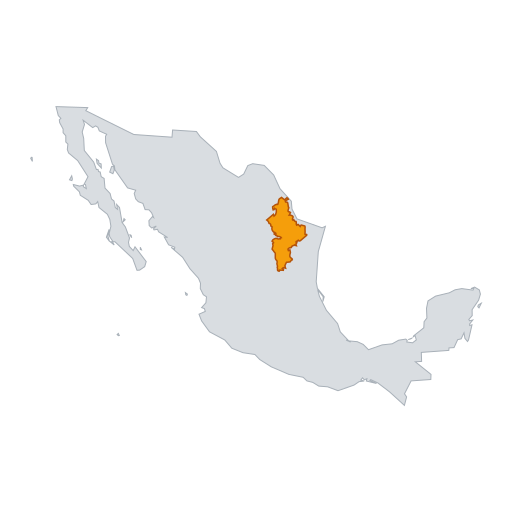 Mexico, with Nuevo León highlighted
{"feature_id": "MEX-2714", "entity_name": "Nuevo León", "entity_type": "State", "adm_level": 1, "iso_a3": "MEX", "parent_name": "Mexico", "parent_adm1": "", "projection": "orthographic", "projection_center": [-99.943, 25.492], "detail": "fine", "context": "in_parent", "style": "filled", "palette": "amber", "viewbox_px": 512, "rotation_deg": 0, "n_neighbors": 0, "source": "natural_earth", "source_scale": "10m", "svg_char_len": 9256}
<svg xmlns="http://www.w3.org/2000/svg" viewBox="0 0 512 512"><path d="M56.0,106.6L87.7,107.6L85.8,110.7L133.8,134.5L172.0,137.2L172.6,130.0L196.4,131.5L200.3,136.8L216.4,151.4L220.0,163.2L222.9,167.8L238.5,177.4L243.7,174.1L247.8,165.6L252.7,163.7L264.2,165.4L273.7,175.0L280.0,188.7L291.3,201.2L292.0,209.1L297.0,218.9L322.1,227.8L325.4,226.3L318.3,251.6L316.2,281.8L317.4,288.3L324.2,296.8L322.9,301.5L323.2,296.8L317.6,289.5L319.4,296.3L326.4,310.3L337.6,323.6L340.3,331.9L348.2,340.3L346.1,340.1L350.6,342.1L349.1,340.9L357.3,341.7L363.2,344.4L368.5,349.7L382.1,344.9L392.2,343.8L398.7,340.2L405.8,339.1L407.2,340.3L406.8,342.0L412.6,342.8L416.3,339.9L415.1,335.6L413.3,336.8L413.7,335.8L423.8,327.8L424.1,321.7L426.9,318.0L426.5,308.3L428.0,300.9L435.6,296.1L449.3,292.8L455.1,289.8L461.8,288.6L473.0,290.1L473.8,288.4L470.9,288.6L474.6,287.1L479.3,289.9L480.4,294.1L478.6,300.2L472.1,309.7L472.2,315.6L468.8,319.5L469.6,320.8L472.8,320.0L469.6,324.0L469.7,325.5L472.0,324.8L468.5,340.0L467.5,341.5L464.9,338.3L464.0,332.8L461.1,338.9L457.7,339.6L454.0,347.6L449.0,347.9L448.8,350.4L421.3,352.4L421.6,361.4L415.3,361.8L431.0,374.4L430.8,379.5L411.1,380.9L404.5,393.8L406.6,396.9L404.4,405.4L389.6,391.9L377.8,382.9L370.7,379.6L369.9,380.5L376.5,383.5L366.3,381.0L366.9,378.7L364.3,379.8L362.5,377.8L360.8,380.1L364.2,381.0L359.0,381.7L354.0,385.1L338.0,390.7L327.6,386.8L318.8,386.1L312.8,382.4L306.9,380.9L303.2,377.3L288.9,374.4L271.2,366.8L259.7,359.5L254.9,354.5L243.0,352.7L231.8,348.2L224.8,340.0L209.5,331.8L201.6,320.9L199.0,314.2L205.3,311.4L204.4,308.6L201.6,307.6L205.9,302.8L206.5,296.8L203.3,294.7L200.3,288.6L200.5,283.2L198.5,278.3L190.0,268.8L182.7,257.4L171.1,247.3L174.5,249.2L174.8,247.2L168.6,244.8L164.3,237.0L167.6,237.5L158.6,231.8L157.5,229.3L154.0,229.9L153.5,228.8L156.3,226.0L151.7,228.0L149.2,225.6L148.9,220.7L152.4,216.6L153.6,217.5L151.6,212.8L148.9,209.8L145.1,209.6L142.9,203.4L138.3,201.7L135.7,198.9L134.2,193.5L135.7,190.2L127.6,187.9L114.9,169.8L114.4,165.8L112.5,164.3L105.6,142.7L105.5,136.3L106.7,134.3L99.3,130.9L97.9,127.3L95.6,125.9L92.7,127.6L83.1,120.2L84.5,124.4L82.2,132.0L83.7,138.5L84.3,150.5L93.7,162.1L96.4,169.5L98.0,169.4L98.6,171.6L100.2,172.0L101.2,176.7L104.1,178.4L105.0,188.1L110.1,193.5L111.5,199.0L114.0,201.0L115.3,207.6L117.5,209.3L116.6,204.4L119.5,207.5L122.1,222.5L125.4,227.0L129.5,238.0L128.5,242.3L129.3,246.4L133.2,250.6L135.0,246.8L146.2,261.6L144.7,266.6L139.7,270.1L137.0,270.3L132.7,258.5L114.9,241.7L113.1,241.8L109.7,236.7L109.2,233.4L110.9,226.3L109.8,219.4L107.4,214.3L99.0,207.5L97.7,201.6L95.8,203.9L91.1,204.5L88.2,200.3L80.3,195.3L79.4,191.8L73.7,186.2L73.3,184.5L79.6,186.1L83.5,185.1L83.3,186.7L86.3,188.6L85.5,184.6L84.1,184.2L88.0,176.7L77.7,160.6L68.6,153.0L67.3,149.5L67.9,144.1L65.8,142.0L65.8,135.8L63.1,132.7L63.1,129.0L59.7,122.7L59.3,119.9L60.9,118.3L58.3,115.6L56.0,106.6ZM114.3,170.0L112.9,173.7L109.7,172.1L111.6,166.6L113.5,166.1L114.3,170.0ZM101.3,168.0L97.1,163.4L96.4,159.1L98.6,160.7L98.9,163.1L101.1,163.9L101.3,168.0ZM479.0,307.9L477.8,306.7L478.3,305.0L481.3,303.2L479.0,307.9ZM109.5,241.4L106.4,237.2L109.1,229.4L108.0,236.5L109.5,241.4ZM71.9,180.6L69.5,179.8L71.7,175.8L72.4,179.0L71.9,180.6ZM32.4,161.4L30.7,158.4L31.3,157.3L32.1,157.4L32.4,161.4ZM112.4,241.8L114.2,245.0L110.1,241.7L112.4,241.8ZM187.4,294.1L186.9,295.4L185.8,294.8L185.4,292.6L187.4,294.1ZM131.1,235.3L131.7,237.7L129.6,234.5L131.1,235.3ZM124.0,218.6L125.2,219.8L123.1,221.8L124.0,218.6ZM119.3,335.5L118.4,335.7L117.1,334.6L118.3,333.4L119.3,335.5ZM410.6,338.9L408.2,339.6L412.3,338.0L410.6,338.9ZM141.5,249.9L140.3,249.5L140.3,247.2L141.5,249.9Z" fill="#d9dde1" stroke="#a8b0b8" stroke-width="1"/><path d="M287.0,197.7L287.1,197.8L287.2,198.0L287.4,198.2L287.6,198.3L287.8,198.4L287.9,198.5L288.0,198.6L288.0,198.8L288.2,199.0L288.3,199.3L287.6,199.6L286.9,200.0L286.2,200.4L285.5,200.9L285.4,201.1L285.4,201.5L285.5,201.8L285.6,202.0L287.4,202.3L287.7,202.8L287.9,203.9L288.2,205.8L288.3,206.5L288.3,206.8L288.4,207.1L288.7,207.3L288.8,207.6L288.8,207.9L288.4,209.1L288.1,210.1L288.0,211.1L288.5,211.7L288.8,211.7L288.9,211.8L289.5,211.9L289.7,212.0L290.0,212.2L290.2,212.3L290.3,212.5L290.5,212.7L290.3,213.0L290.1,213.2L289.9,213.6L289.8,213.9L289.8,214.3L289.7,214.6L289.4,214.8L289.2,215.1L289.8,215.1L290.4,215.1L290.5,215.1L290.8,215.2L291.2,215.4L292.2,215.8L292.6,216.1L292.9,216.5L293.1,216.9L293.0,217.4L292.9,217.8L292.7,218.2L292.6,218.5L292.5,218.8L292.5,219.2L292.5,219.4L292.5,219.7L292.7,219.9L293.0,220.2L293.3,220.0L293.6,219.8L293.8,219.7L294.0,220.1L294.1,220.3L294.3,220.5L294.9,221.3L295.1,221.4L295.3,221.4L295.8,221.4L296.0,221.4L296.1,221.6L296.2,222.0L296.3,222.8L296.3,223.8L296.4,224.7L296.7,225.1L296.8,225.0L296.9,224.8L297.0,224.8L297.1,224.7L297.4,224.8L297.5,224.8L297.5,224.7L297.8,224.5L298.1,224.4L298.3,224.5L298.6,224.8L299.1,225.4L299.5,225.8L300.2,226.5L300.6,225.7L300.8,225.3L301.1,225.1L301.4,225.1L301.8,225.1L302.5,225.4L303.4,225.6L304.8,226.0L305.0,226.4L305.1,227.3L305.0,228.8L305.1,232.0L305.0,233.3L305.0,234.0L305.1,234.4L305.4,234.4L305.7,234.4L306.3,234.4L306.5,234.4L306.7,234.5L306.7,235.2L306.6,235.4L306.1,235.8L300.6,240.5L300.4,240.7L300.1,240.8L299.7,240.9L299.4,241.0L299.0,240.9L298.7,240.8L298.5,240.5L298.2,240.2L297.9,240.5L297.7,240.8L297.4,240.9L297.3,241.1L297.2,241.3L296.9,241.3L296.6,241.3L296.6,241.6L296.7,241.9L296.2,241.9L296.0,242.0L296.4,242.6L296.6,242.8L296.7,243.0L296.4,243.4L296.1,243.7L295.9,244.1L296.0,244.4L296.1,244.8L296.3,245.1L296.3,245.4L296.4,245.7L296.0,245.6L295.6,245.5L295.2,245.3L294.9,245.2L294.6,245.0L294.5,244.9L294.3,245.0L294.1,245.2L294.0,245.4L293.9,245.5L293.7,245.5L293.2,245.6L292.7,245.7L292.5,245.9L292.4,246.0L292.2,246.2L291.9,246.2L291.8,246.3L291.6,246.5L291.5,247.2L291.5,247.3L291.4,247.4L291.1,247.5L290.9,247.7L290.8,247.8L290.7,247.8L290.3,247.6L290.2,247.6L289.6,247.8L289.3,247.9L289.0,248.1L288.8,248.3L288.6,248.6L288.0,249.0L288.0,249.4L288.1,249.8L288.4,250.6L289.9,249.9L290.4,252.1L290.4,252.4L290.4,252.6L290.2,253.4L289.9,254.6L289.8,255.2L289.8,256.0L289.9,256.7L290.2,257.1L290.8,257.8L291.1,258.0L291.6,258.4L291.9,258.6L292.1,258.8L292.2,259.6L292.3,259.8L292.2,259.9L291.7,259.8L290.3,261.6L290.1,261.9L289.7,262.0L289.2,262.0L288.8,262.0L288.4,262.1L288.0,262.2L287.6,262.2L287.1,262.2L286.8,262.2L286.7,262.2L286.5,262.3L286.3,262.6L286.2,262.9L285.7,263.8L285.2,265.1L285.0,265.4L284.9,265.6L285.1,266.4L285.2,267.0L285.6,268.2L285.2,268.1L284.8,268.0L284.4,267.8L284.0,267.6L283.6,267.6L283.1,267.8L282.7,268.1L282.3,268.5L283.0,268.9L283.4,269.2L283.5,269.4L283.3,270.3L282.4,270.2L281.4,270.2L279.4,270.1L279.4,271.0L279.2,271.2L278.3,271.0L278.0,270.8L277.7,270.5L277.5,270.1L277.5,269.7L277.5,269.4L277.5,268.5L277.5,268.2L277.4,268.0L277.3,267.5L277.2,267.3L277.3,267.0L277.5,266.5L277.5,266.2L277.4,265.7L277.3,265.3L277.0,264.2L276.9,263.6L277.0,263.0L277.1,262.5L277.2,262.0L277.1,261.6L277.0,261.0L276.6,260.4L276.1,259.9L275.7,259.3L275.4,258.6L275.3,257.7L275.3,256.9L275.3,256.0L275.3,255.2L275.3,254.1L275.3,253.6L275.2,253.2L275.0,252.8L274.7,252.5L274.2,251.9L273.2,250.5L272.6,249.8L272.1,249.1L272.3,248.3L272.9,246.1L273.0,245.7L273.0,245.3L272.9,245.0L272.8,244.5L272.7,244.1L272.6,243.8L272.7,243.6L273.0,243.3L273.3,243.1L273.5,242.9L273.6,242.7L273.4,242.4L272.9,241.9L272.7,241.7L272.4,241.6L272.1,241.4L272.2,240.8L272.7,240.1L273.0,239.7L273.8,239.2L274.7,238.7L275.5,238.4L276.5,238.4L276.9,238.5L277.3,238.6L278.0,238.9L278.4,239.0L278.7,239.0L279.0,238.9L279.4,238.8L279.6,238.8L279.9,238.8L280.2,238.9L280.4,238.8L280.4,238.7L280.4,238.3L280.4,238.1L280.6,237.9L281.3,237.7L281.1,237.4L280.3,236.9L280.0,236.7L279.8,236.6L279.0,236.5L278.8,236.5L278.5,236.4L278.2,236.5L277.6,236.6L277.4,236.6L277.3,236.3L277.3,236.2L277.0,235.7L276.4,235.6L275.9,235.5L275.5,235.1L275.4,234.8L275.1,234.5L274.5,234.2L274.1,234.0L274.2,233.7L274.6,233.6L275.0,233.8L275.5,234.0L275.9,234.1L275.9,233.7L275.8,233.3L275.6,233.3L275.1,233.3L275.0,233.2L275.0,232.9L275.0,232.7L274.9,232.5L274.8,232.4L274.7,232.3L274.4,232.3L274.1,232.2L273.8,232.2L273.5,232.0L273.3,231.7L272.9,231.2L272.5,230.7L272.2,230.1L272.0,229.5L271.9,228.9L271.9,228.3L272.0,227.7L272.0,227.1L272.0,226.7L271.6,226.5L271.2,226.3L270.9,226.0L270.8,225.6L270.8,225.2L270.7,224.7L270.6,224.3L270.4,224.1L270.2,223.8L269.9,223.6L269.7,223.5L269.4,223.5L269.2,223.5L269.1,223.4L268.9,223.1L268.8,222.8L268.7,222.6L268.6,222.0L268.3,221.5L267.8,220.9L266.7,220.0L269.9,217.3L273.4,214.3L274.0,216.1L274.5,215.7L275.0,215.2L275.5,214.6L275.8,213.8L276.3,212.1L276.3,211.8L276.3,211.5L276.3,210.9L276.3,210.0L276.3,209.5L276.2,209.2L275.9,209.0L275.2,208.9L274.9,208.7L274.7,208.4L274.6,208.6L274.5,208.8L274.4,208.9L274.1,208.9L274.0,209.0L274.2,209.3L274.1,209.6L273.8,209.7L273.4,209.8L273.5,209.4L273.3,209.2L273.0,209.1L272.8,209.0L272.6,207.1L272.6,206.8L272.8,206.6L274.5,205.5L274.7,205.3L275.1,204.9L275.3,204.8L276.9,204.2L277.0,204.2L277.1,204.3L277.2,204.5L277.3,204.5L277.7,204.4L278.0,203.9L278.2,203.1L278.4,202.3L278.6,201.0L278.7,200.4L278.9,199.7L279.1,199.2L279.5,198.8L280.0,198.4L280.6,198.1L281.1,197.7L281.5,197.4L284.2,199.5L284.4,199.7L284.6,199.8L286.6,198.0L287.0,197.7Z" fill="#f59e0b" stroke="#b45309" stroke-width="1.5"/></svg>